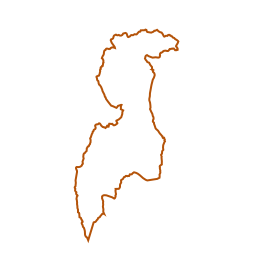 outline of Paute, Azuay, Ecuador, rotated 160°
{"feature_id": "8360857B51005001809557", "entity_name": "Paute", "entity_type": "district", "adm_level": 2, "iso_a3": "ECU", "parent_name": "Ecuador", "parent_adm1": "Azuay", "projection": "equal_earth", "projection_center": [-78.747, -2.747], "detail": "fine", "context": "isolated", "style": "outline", "palette": "amber", "viewbox_px": 256, "rotation_deg": 160, "n_neighbors": 0, "source": "geoboundaries", "source_scale": "gbopen_adm2", "svg_char_len": 5790}
<svg xmlns="http://www.w3.org/2000/svg" viewBox="0 0 256 256"><g transform="rotate(160 128 128)"><path d="M51.1,192.1L51.2,192.5L51.9,193.8L53.3,195.5L53.8,196.8L54.9,197.7L55.0,198.2L55.3,198.7L55.4,199.2L56.1,199.6L56.4,200.5L56.9,200.6L57.3,201.4L58.4,201.7L59.4,201.1L60.9,201.7L62.4,201.4L62.7,201.5L63.0,202.2L63.3,204.5L63.8,206.2L65.0,207.0L66.2,208.4L67.1,210.3L69.1,210.1L69.7,210.2L70.0,210.4L71.2,209.8L73.6,209.7L77.0,211.6L77.3,212.3L77.2,213.9L78.0,214.5L78.9,214.2L82.6,215.4L83.5,214.4L83.9,214.4L84.6,214.7L85.1,214.6L87.7,213.1L88.3,213.1L89.8,213.9L91.6,213.5L93.1,214.2L93.6,214.1L95.0,213.4L96.5,213.3L96.9,213.6L97.1,214.5L97.0,216.7L97.1,217.4L97.9,218.2L100.2,218.4L101.5,217.4L103.0,217.2L104.1,217.7L104.8,218.6L105.7,218.6L106.3,218.8L106.8,219.1L107.3,219.8L107.7,219.9L109.5,219.6L110.2,219.0L110.9,217.9L111.4,217.3L112.6,217.0L113.5,217.1L114.0,216.7L114.2,216.4L114.2,213.8L112.9,209.1L112.8,208.5L112.9,207.7L113.6,208.3L115.2,209.2L116.7,209.1L117.8,208.5L118.3,208.7L118.8,208.6L120.0,209.5L120.9,209.9L121.4,209.9L122.0,209.5L122.6,208.9L123.3,209.0L124.0,208.5L124.9,207.0L125.3,206.0L125.9,205.2L127.3,204.1L128.5,202.8L128.7,202.5L128.4,202.1L128.1,201.3L128.2,200.9L128.0,200.4L128.1,199.6L128.5,198.7L128.6,197.9L128.9,197.7L129.2,197.6L129.5,196.8L130.5,195.1L130.9,195.3L131.2,195.2L131.8,194.5L132.5,194.5L133.0,194.2L133.3,193.4L133.3,192.9L133.8,192.8L134.1,192.3L134.5,192.0L134.7,190.9L134.9,190.5L135.3,190.0L136.0,188.8L137.3,187.2L138.3,187.3L138.8,187.1L139.8,187.2L140.0,187.1L140.2,186.5L140.2,185.2L140.5,183.8L140.4,183.1L139.9,182.4L140.0,181.3L140.3,180.1L140.3,178.6L139.6,177.6L139.4,176.1L139.2,175.7L139.2,173.9L139.1,173.3L139.3,171.4L138.8,167.5L139.0,165.2L138.6,164.6L138.7,162.9L137.8,159.7L136.2,154.8L134.6,153.5L132.0,150.9L131.6,151.0L129.8,152.2L126.5,152.1L126.2,151.9L127.2,150.9L128.3,148.1L126.5,146.2L127.8,145.0L128.6,143.1L130.7,140.4L133.7,139.2L136.4,138.9L136.5,138.8L136.6,138.3L136.3,136.4L136.4,136.0L136.7,135.8L137.1,135.8L138.8,135.2L140.3,135.3L140.8,135.8L141.2,137.0L141.5,137.4L142.3,137.4L143.5,138.2L144.2,138.4L145.8,135.9L146.3,136.0L146.4,136.4L146.4,136.8L146.6,137.3L146.8,137.3L147.0,136.7L149.2,135.7L149.3,135.8L149.6,136.6L150.5,136.9L150.9,137.4L151.4,137.6L152.3,139.3L152.8,141.5L153.1,142.0L153.6,142.3L155.0,141.8L156.6,142.2L157.7,141.8L158.1,141.4L158.2,140.7L158.3,139.3L158.6,138.8L159.1,138.3L160.6,138.0L161.0,137.7L161.5,136.9L162.4,136.6L162.9,135.6L164.1,134.6L166.2,131.9L166.9,131.4L167.2,131.0L167.2,129.6L168.1,127.4L169.0,126.4L169.3,125.8L170.1,125.4L171.1,124.3L172.2,124.3L172.8,123.6L173.7,123.0L174.3,121.5L174.8,120.5L175.9,120.1L177.0,119.3L178.1,119.1L178.8,118.4L179.9,116.2L180.1,114.5L182.2,112.0L182.6,110.0L182.7,109.8L183.6,109.4L184.3,108.5L185.8,108.0L186.8,108.0L187.9,108.2L189.5,108.9L190.0,108.8L190.4,108.5L190.7,107.6L190.6,105.2L190.9,104.2L195.2,96.7L195.8,94.3L197.3,91.2L198.1,90.8L198.4,90.4L198.5,90.0L198.3,88.9L199.0,87.7L199.1,87.2L199.0,86.3L198.5,85.4L198.6,85.0L199.0,84.6L199.2,83.8L199.2,83.3L198.6,82.2L198.5,81.8L198.7,81.5L199.4,81.2L200.7,78.9L200.7,78.0L201.3,75.4L201.9,74.0L202.3,71.9L202.9,70.1L202.9,68.5L203.8,65.9L203.1,65.0L203.1,64.2L204.1,60.7L203.5,60.2L203.0,59.4L203.1,57.8L202.8,57.3L202.6,55.7L202.9,55.2L203.4,55.3L204.0,54.6L204.1,54.3L204.1,53.4L203.9,52.4L204.1,50.5L203.6,49.4L203.6,47.8L203.8,45.9L204.5,43.6L204.9,42.2L204.8,40.4L204.1,39.4L203.9,38.7L203.8,36.1L192.6,51.0L192.1,51.1L190.9,50.9L190.3,51.1L188.5,52.3L187.8,52.5L186.9,53.6L185.0,53.9L183.9,54.8L182.9,55.3L181.8,56.0L181.4,56.1L180.5,55.8L180.0,55.9L179.8,55.6L179.9,57.4L179.8,58.0L178.9,60.1L178.5,62.7L177.6,64.3L177.1,66.1L176.4,67.6L176.4,71.0L176.0,71.7L175.9,72.3L175.4,72.8L174.2,73.1L173.8,73.1L172.8,72.8L171.3,72.1L166.5,68.2L165.1,66.4L164.4,66.5L163.5,67.4L163.0,68.1L162.9,68.9L162.1,69.6L161.8,70.3L161.8,70.9L161.2,73.4L160.7,74.1L160.5,75.0L157.5,74.0L156.9,74.2L155.7,75.3L155.0,77.2L154.3,78.1L153.1,79.0L152.4,81.3L150.1,81.9L148.6,83.2L147.7,83.1L146.5,83.7L145.9,83.4L145.5,83.4L145.0,82.9L144.4,82.9L143.4,82.5L143.1,82.7L142.2,83.8L140.4,83.2L138.8,84.0L137.5,84.3L135.9,83.2L134.5,81.8L133.0,79.5L131.0,75.8L129.2,73.4L128.5,72.7L127.7,72.1L118.0,70.2L115.4,70.5L114.7,72.0L114.3,73.4L112.9,74.9L112.7,76.0L112.3,76.5L111.9,79.1L111.5,80.0L111.5,80.7L111.0,81.5L109.5,82.0L108.8,82.1L108.6,82.3L108.4,83.1L107.6,85.0L106.6,88.8L106.1,89.7L106.2,90.9L106.0,91.6L105.2,92.0L104.8,92.4L104.0,94.2L103.5,94.8L102.3,95.4L101.8,97.6L100.8,99.8L98.7,102.2L97.8,102.8L97.8,103.2L98.0,103.7L98.0,104.0L97.4,104.5L97.5,105.2L97.4,106.4L97.5,106.6L98.5,106.6L98.7,107.1L98.5,107.6L98.7,108.3L98.5,108.5L98.5,109.0L98.7,108.6L99.0,109.6L100.0,112.1L100.7,115.2L102.0,117.6L102.2,118.4L102.1,120.7L102.1,123.0L101.8,124.2L102.3,125.0L102.4,125.7L101.7,127.0L100.9,127.7L100.5,129.0L100.4,129.8L100.6,130.6L100.3,133.1L100.6,135.1L100.8,138.3L99.9,139.4L99.2,141.7L98.6,144.3L98.5,146.7L98.0,148.1L96.6,150.4L95.5,153.1L91.3,160.3L88.2,164.9L86.6,166.3L85.1,168.1L84.8,168.7L84.6,169.6L84.6,170.5L84.7,170.9L85.3,172.1L85.1,172.6L85.2,173.1L85.0,173.4L85.0,174.0L85.4,174.5L84.8,174.4L85.1,174.9L85.2,175.3L84.6,177.1L85.5,179.6L85.8,182.1L87.3,183.4L87.6,185.0L88.0,185.8L88.3,187.5L87.6,188.4L87.1,189.3L86.4,189.8L85.2,190.0L84.1,188.5L82.4,187.0L80.8,185.7L77.8,185.0L75.6,183.8L74.6,183.7L73.9,183.9L73.1,185.1L73.1,185.7L72.5,186.8L72.0,187.2L71.5,187.5L71.0,187.3L70.3,187.5L69.6,187.5L69.0,188.0L67.7,188.2L66.1,187.8L64.8,186.9L63.8,186.7L63.0,187.1L61.9,187.9L61.5,187.6L60.8,187.7L60.1,187.7L59.6,187.3L58.8,187.4L57.8,187.0L57.1,185.0L56.4,184.7L55.8,184.9L55.5,184.5L54.6,184.5L54.2,185.8L54.5,187.3L54.9,188.0L54.9,188.5L53.6,189.7L52.5,190.5L51.1,192.1Z" fill="none" stroke="#b45309" stroke-width="2"/></g></svg>